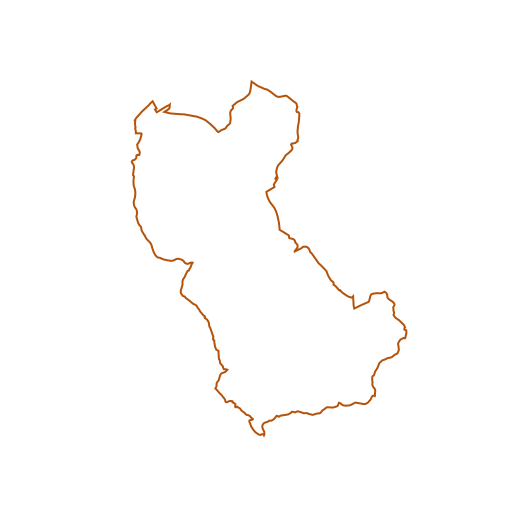 Corrales, Boyacá, Colombia, rotated 119°
{"feature_id": "7082276B21264434170875", "entity_name": "Corrales", "entity_type": "district", "adm_level": 2, "iso_a3": "COL", "parent_name": "Colombia", "parent_adm1": "Boyacá", "projection": "mercator", "projection_center": [-72.84, 5.824], "detail": "fine", "context": "isolated", "style": "outline", "palette": "amber", "viewbox_px": 512, "rotation_deg": 119, "n_neighbors": 0, "source": "geoboundaries", "source_scale": "gbopen_adm2", "svg_char_len": 6113}
<svg xmlns="http://www.w3.org/2000/svg" viewBox="0 0 512 512"><g transform="rotate(119 256 256)"><path d="M409.0,162.1L408.0,162.2L405.8,163.5L403.7,166.5L402.2,167.8L400.8,168.3L399.5,168.3L398.2,167.9L396.7,166.8L395.5,165.5L393.5,164.5L392.6,162.8L391.3,161.9L389.2,161.0L385.9,160.5L385.6,160.2L385.5,159.7L385.6,158.4L385.4,158.0L384.3,157.5L382.8,156.2L382.8,155.9L379.0,151.1L376.6,149.6L374.9,149.1L374.3,148.1L373.9,146.0L371.7,144.4L371.0,141.8L370.4,138.1L368.6,135.1L368.6,133.4L368.0,131.6L367.7,129.9L367.2,129.1L364.1,126.2L362.9,124.3L362.4,123.9L361.9,123.5L358.8,123.0L357.0,122.0L354.5,121.0L353.8,120.4L351.1,115.0L348.3,112.4L347.7,112.0L347.0,111.9L344.1,112.3L343.9,110.7L344.2,109.6L344.4,108.0L344.1,106.5L343.4,104.9L341.3,101.8L340.4,100.9L336.2,98.2L335.4,96.4L333.4,90.3L332.9,89.3L332.0,88.2L330.1,87.1L326.1,86.2L322.3,86.4L321.5,85.9L321.1,85.4L320.9,84.2L315.6,86.6L314.5,87.9L313.7,90.0L312.5,91.6L309.4,93.2L308.7,93.9L305.8,95.5L304.8,95.8L303.3,95.1L302.6,95.1L299.3,95.8L295.1,95.5L290.9,96.1L289.5,96.1L286.0,94.9L283.7,92.8L282.1,91.8L280.7,90.6L280.4,89.9L278.7,88.2L275.3,86.9L272.7,85.1L269.1,85.4L265.3,88.0L264.2,89.1L263.2,89.4L259.8,89.3L258.7,88.9L256.2,87.2L256.0,86.1L255.5,85.7L250.5,87.1L248.4,88.3L248.1,88.8L248.4,89.6L248.4,90.6L247.3,91.1L246.3,91.0L246.2,91.4L245.4,92.0L244.5,93.5L242.8,99.8L242.4,104.0L241.3,106.7L240.8,107.1L238.6,107.7L237.1,109.3L235.5,110.2L234.7,110.9L234.0,111.1L231.8,111.1L231.1,111.4L230.5,112.2L229.7,114.5L229.5,118.2L228.9,120.4L228.5,120.9L226.1,122.7L225.3,123.8L225.1,124.7L224.9,126.3L227.2,127.8L228.1,128.7L230.2,132.8L232.8,136.0L233.8,136.6L235.3,136.6L240.7,135.2L241.6,135.3L248.7,140.7L254.3,144.6L252.3,146.4L244.2,151.5L245.8,151.9L246.1,152.4L246.7,155.3L246.7,157.3L246.2,162.7L245.1,166.0L245.7,166.4L243.9,171.4L243.6,172.6L243.6,174.3L242.2,174.8L241.8,175.2L241.2,176.5L241.1,178.3L238.9,182.3L237.4,184.4L235.0,187.1L232.8,194.2L231.9,197.9L227.1,207.7L226.5,209.4L226.4,210.3L224.5,212.5L223.9,213.5L223.5,214.8L223.5,216.1L223.8,217.2L225.1,219.3L227.4,220.2L233.3,224.3L233.0,224.5L229.0,223.9L228.0,224.0L226.9,224.6L226.4,224.9L226.1,225.4L225.5,226.8L225.3,227.8L223.6,229.7L223.3,230.3L223.2,231.9L223.5,233.3L224.1,234.8L224.2,235.4L223.6,236.2L222.1,237.2L221.6,248.0L215.9,252.0L210.9,256.3L207.5,259.8L205.8,262.1L204.7,263.9L202.1,269.9L200.7,272.1L199.3,274.0L196.3,277.0L194.8,278.0L186.7,273.3L184.8,275.1L179.2,274.7L179.0,276.5L177.5,276.5L177.1,275.2L174.7,277.5L172.6,279.2L168.8,280.3L166.1,280.6L160.8,279.4L158.1,279.0L153.6,278.9L150.1,277.4L145.9,276.1L144.4,276.2L143.4,276.8L141.6,279.3L140.4,279.3L139.7,278.2L138.0,276.4L135.1,275.2L134.5,275.9L132.3,276.3L130.9,277.2L128.4,279.2L125.3,280.9L124.7,281.0L122.5,282.1L118.2,283.5L111.9,286.3L110.3,287.3L109.7,288.5L109.7,289.0L110.2,289.5L110.2,290.2L109.8,290.8L108.1,291.6L105.4,292.2L104.9,292.9L103.2,294.4L102.9,295.0L102.5,298.6L101.2,305.9L101.2,307.1L101.5,308.0L104.3,311.1L106.0,313.5L106.3,315.0L106.4,316.1L105.3,323.0L105.0,326.9L105.7,329.3L106.1,334.1L106.4,336.5L105.6,344.4L113.3,341.4L115.9,340.7L117.8,340.5L123.5,342.5L124.9,343.2L130.7,347.2L136.1,349.2L137.4,347.9L138.0,347.7L140.7,348.4L141.8,348.4L143.5,347.9L148.0,344.8L152.1,343.1L153.2,343.1L156.2,344.3L159.4,344.6L162.7,347.3L165.8,348.9L165.9,349.5L165.7,350.4L164.3,353.8L162.8,359.6L161.7,365.9L161.9,369.7L162.7,374.9L166.9,387.4L169.1,391.8L173.0,400.5L174.4,406.0L170.9,404.1L169.2,403.4L167.9,403.6L165.4,404.8L166.1,405.0L167.8,406.4L178.4,412.5L176.8,415.3L175.2,414.5L170.8,421.4L174.2,422.6L175.5,422.7L185.0,425.8L194.2,427.8L195.9,427.7L195.8,427.4L198.6,426.2L202.2,423.6L202.7,423.7L205.3,421.5L206.9,420.6L204.5,416.0L204.5,415.5L204.9,415.1L210.0,413.8L213.6,413.7L216.1,414.0L219.2,411.6L220.4,409.4L221.6,407.9L223.6,407.2L224.2,407.1L224.6,407.4L225.0,408.7L226.0,409.3L228.2,408.3L229.6,408.4L230.5,408.7L232.2,410.2L233.3,410.4L234.0,410.2L234.7,409.3L235.2,408.0L235.8,407.1L237.4,405.7L244.7,402.9L245.1,402.5L245.2,401.9L245.6,401.3L249.3,399.8L253.5,397.3L256.0,394.6L258.3,392.7L260.0,391.8L261.3,391.1L264.1,390.1L267.5,389.4L268.2,389.0L270.1,387.8L271.3,386.6L272.2,385.5L272.8,384.0L273.5,382.9L275.0,381.5L276.0,380.8L279.5,379.7L280.1,379.3L284.3,375.0L285.6,372.8L285.8,371.8L286.4,370.6L287.4,369.7L288.6,368.9L289.4,368.0L291.6,364.3L291.9,363.3L293.1,361.8L294.3,359.6L295.5,355.4L296.3,353.8L298.0,351.7L298.5,351.5L302.1,347.5L303.8,344.9L304.4,343.6L304.9,341.4L304.8,340.7L304.1,339.2L304.2,337.8L303.9,336.9L303.9,335.6L303.0,332.3L301.5,328.1L300.2,326.2L297.5,324.4L296.4,323.1L295.9,322.3L295.6,321.1L295.2,318.4L295.5,317.0L296.4,315.1L296.5,313.2L295.9,311.8L293.3,309.7L292.8,308.9L292.6,308.2L295.5,308.2L296.9,307.8L300.0,307.9L301.2,307.7L302.2,308.6L302.6,308.6L306.0,308.5L309.1,308.2L311.5,308.5L313.6,308.1L316.6,306.4L322.7,305.0L324.4,304.1L325.2,303.3L326.4,300.5L326.0,298.5L326.7,297.4L327.4,292.2L328.3,287.8L328.1,285.1L328.4,283.7L329.1,282.7L330.7,279.3L331.7,277.8L332.2,276.2L333.3,273.7L333.6,271.3L333.9,271.1L334.7,271.1L335.0,270.8L335.3,268.2L336.2,266.3L337.3,264.8L340.1,262.8L341.3,260.9L347.5,254.0L349.4,253.4L349.9,252.9L350.1,251.6L351.6,250.7L355.1,247.9L357.0,245.7L357.3,242.6L358.6,242.0L363.7,238.7L364.2,238.2L364.7,237.2L366.4,236.0L367.3,235.0L368.3,232.0L368.9,231.2L369.6,230.7L370.5,229.4L369.4,226.4L369.4,225.9L371.8,226.5L373.1,227.3L374.9,228.9L375.8,229.4L377.0,229.5L378.4,229.4L382.6,228.4L385.8,228.8L386.4,228.7L389.1,227.4L391.6,227.3L392.1,225.4L393.5,221.7L394.2,219.1L396.3,214.0L396.9,213.2L398.1,212.2L398.4,211.5L398.4,211.2L397.7,210.4L395.5,208.7L394.4,206.2L394.6,205.9L395.1,206.0L395.4,205.6L395.3,203.2L395.4,202.4L397.9,201.1L398.2,200.8L398.0,200.2L397.0,199.8L396.9,199.1L397.2,198.4L397.0,197.3L397.1,196.1L398.2,193.8L398.8,189.7L399.4,188.2L399.5,187.1L399.0,186.1L398.9,184.1L399.8,181.5L400.1,179.7L400.7,179.6L402.8,181.9L403.5,181.9L404.4,181.3L405.4,179.8L407.5,177.5L409.5,173.6L410.5,170.8L410.8,166.7L410.2,165.2L408.8,164.2L408.6,163.7L408.6,162.7L409.0,162.1Z" fill="none" stroke="#b45309" stroke-width="2"/></g></svg>